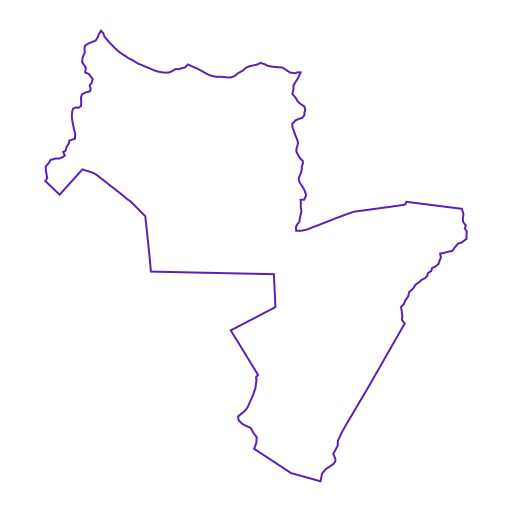 Luís Correia, Piauí, Brazil
{"feature_id": "56859067B75864773986043", "entity_name": "Luís Correia", "entity_type": "district", "adm_level": 2, "iso_a3": "BRA", "parent_name": "Brazil", "parent_adm1": "Piauí", "projection": "mercator", "projection_center": [-41.5, -3.105], "detail": "fine", "context": "isolated", "style": "outline", "palette": "violet", "viewbox_px": 512, "rotation_deg": 0, "n_neighbors": 0, "source": "geoboundaries", "source_scale": "gbopen_adm2", "svg_char_len": 3460}
<svg xmlns="http://www.w3.org/2000/svg" viewBox="0 0 512 512"><path d="M230.7,330.4L238.0,342.1L258.1,375.0L256.0,377.3L256.5,379.9L255.3,388.7L254.1,391.8L253.3,394.5L247.4,407.7L245.6,410.0L242.1,413.2L238.0,416.4L238.7,420.4L242.0,423.6L244.2,425.0L250.6,427.9L253.7,433.3L256.7,437.2L256.3,443.0L254.1,448.8L291.1,473.1L320.5,481.3L322.1,473.5L325.6,469.3L333.0,464.3L335.4,461.4L335.3,458.7L333.2,453.8L335.1,450.6L337.7,445.7L337.9,440.8L342.5,431.0L345.7,425.5L369.8,384.6L404.7,323.5L402.0,320.0L402.3,315.7L401.7,310.9L401.0,306.9L403.9,303.9L405.1,300.8L408.2,296.3L409.2,292.0L413.1,288.5L415.6,284.6L419.3,282.0L421.8,279.7L425.2,278.1L427.3,275.5L428.1,272.9L431.2,271.0L432.2,267.8L435.1,266.8L438.6,263.8L439.7,260.3L440.9,257.7L440.2,253.6L444.3,252.8L448.6,251.6L452.4,250.9L455.0,247.2L458.0,243.6L461.9,242.4L464.3,240.5L466.5,238.9L466.5,235.7L466.7,231.1L464.8,228.6L465.8,225.5L463.1,221.8L462.8,218.2L463.5,214.2L461.8,208.8L406.3,201.8L405.4,204.5L400.2,205.4L394.1,206.2L388.6,207.1L385.7,207.4L378.2,208.4L373.4,209.1L353.8,211.7L350.3,212.9L345.5,214.6L342.3,215.8L339.3,217.0L335.8,218.2L331.6,220.0L327.8,221.4L324.3,222.8L321.0,224.1L318.3,225.2L315.4,226.2L312.0,227.5L307.1,229.5L302.8,230.5L300.2,230.8L296.1,230.7L296.0,226.9L297.4,224.2L299.4,221.8L299.7,219.1L300.5,215.6L301.4,211.1L300.8,207.4L300.9,203.2L300.6,199.9L304.2,199.6L306.2,195.2L304.5,190.4L302.4,186.4L300.5,183.8L299.2,181.5L298.7,178.6L299.7,175.7L300.9,173.0L301.7,170.2L301.8,166.7L302.8,163.7L302.8,160.8L300.4,158.7L298.5,155.6L296.4,151.8L296.5,148.4L297.6,145.0L298.0,142.0L296.8,138.8L295.0,134.5L293.7,130.5L292.3,126.8L292.3,123.8L295.6,120.3L299.0,118.9L302.4,117.8L304.4,115.1L304.5,112.4L305.3,109.3L304.1,106.2L300.5,104.0L297.7,101.4L295.3,97.3L292.3,94.0L293.4,89.4L293.6,85.1L295.2,82.5L296.7,80.3L298.3,77.4L300.6,72.4L297.6,72.3L295.1,73.3L289.8,72.4L285.8,69.7L282.4,67.6L272.5,66.7L267.8,65.8L264.5,64.2L260.6,62.9L257.0,64.6L253.3,65.4L249.4,66.3L246.1,67.7L242.9,70.5L239.9,72.2L237.5,73.5L234.5,76.1L231.0,77.4L226.7,77.4L223.7,77.0L220.2,76.8L216.0,76.8L213.4,76.2L210.6,75.5L207.8,74.4L204.4,72.5L201.0,70.5L197.5,68.7L193.2,66.9L190.5,65.6L187.6,64.5L185.4,67.3L182.1,68.1L179.2,69.1L175.3,69.1L171.9,71.3L168.5,72.6L164.2,72.6L161.2,72.2L158.2,71.6L155.3,70.8L151.0,69.0L146.6,67.1L143.4,65.8L137.6,63.4L134.2,61.2L131.6,59.7L128.2,58.0L125.5,56.1L122.6,54.4L118.9,51.7L116.1,49.2L113.6,46.8L110.9,44.0L108.6,41.5L104.7,37.0L103.2,33.1L101.0,30.7L98.8,34.3L97.8,37.1L95.7,40.6L91.2,42.3L88.2,43.7L85.2,45.5L84.5,48.5L84.8,52.5L82.6,57.4L82.1,62.1L85.8,67.6L85.2,72.5L88.7,73.9L90.9,76.6L92.7,79.1L91.8,82.4L89.7,85.6L90.6,88.1L90.1,91.3L85.3,92.6L82.1,94.3L81.0,97.2L81.2,102.7L81.0,106.0L78.8,107.7L75.7,107.5L73.2,108.5L72.3,111.1L71.8,115.8L72.3,120.6L73.2,125.4L74.0,129.4L75.2,133.5L75.0,138.7L72.2,139.6L69.2,140.7L68.9,143.3L66.7,146.8L65.6,150.6L63.2,152.0L64.8,155.5L62.3,157.4L59.3,158.5L55.4,158.5L50.5,160.0L48.5,163.4L45.7,166.4L45.8,170.5L46.4,173.5L47.2,178.0L45.3,181.0L59.6,194.7L80.0,172.1L82.4,169.4L85.8,170.5L88.5,171.3L91.0,172.2L94.3,173.4L98.0,175.9L100.5,178.0L103.2,180.0L106.5,182.5L108.8,184.5L112.3,187.1L115.9,189.9L118.4,191.9L120.5,193.5L123.4,195.8L126.6,198.7L130.3,201.2L132.4,203.2L135.3,206.2L137.9,208.7L140.5,211.3L142.8,213.7L145.3,216.2L149.6,257.0L150.9,271.6L188.3,272.4L273.9,274.2L274.9,295.3L275.4,307.1L267.4,311.3L230.7,330.4Z" fill="none" stroke="#5b21b6" stroke-width="2"/></svg>